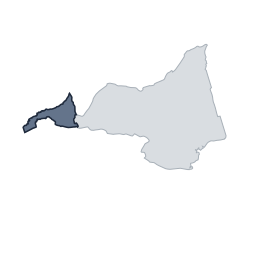 Extrême-Nord highlighted on a map of Cameroon, rotated 253°
{"feature_id": "CMR-1462", "entity_name": "Extrême-Nord", "entity_type": "Province", "adm_level": 1, "iso_a3": "CMR", "parent_name": "Cameroon", "parent_adm1": "", "projection": "natural_earth1", "projection_center": [14.611, 11.501], "detail": "fine", "context": "in_parent", "style": "filled", "palette": "slate", "viewbox_px": 256, "rotation_deg": 253, "n_neighbors": 0, "source": "natural_earth", "source_scale": "10m", "svg_char_len": 7024}
<svg xmlns="http://www.w3.org/2000/svg" viewBox="0 0 256 256"><g transform="rotate(253 128 128)"><path d="M70.4,174.1L70.9,172.7L74.2,166.3L76.2,156.1L77.2,153.7L78.1,152.1L82.9,146.6L84.6,144.9L87.2,142.9L89.0,138.9L89.7,138.5L90.5,138.2L94.5,134.8L94.9,135.4L95.2,136.2L95.5,136.6L96.8,136.9L98.6,136.8L99.7,136.6L100.2,135.9L100.8,134.0L101.1,133.7L101.5,133.6L103.5,134.9L106.8,138.6L107.6,139.3L108.0,140.0L108.7,143.4L109.1,144.2L109.8,144.6L111.1,144.3L112.4,143.7L113.6,142.9L114.7,141.8L115.5,140.8L115.8,140.0L116.0,137.3L116.3,136.7L120.5,132.7L120.4,132.3L119.7,131.2L119.1,129.9L119.7,128.6L120.4,127.7L122.9,124.4L123.0,121.9L125.0,118.2L126.1,113.2L126.2,112.2L128.8,106.7L131.5,106.2L132.5,105.4L133.7,104.1L134.5,102.8L134.9,101.6L135.1,99.3L135.6,96.6L135.9,94.3L136.7,92.1L138.1,91.0L140.4,90.1L140.8,89.7L141.1,88.3L141.5,83.5L141.9,81.4L144.1,79.0L145.0,75.3L145.9,71.4L148.4,66.7L151.3,62.0L152.6,60.8L153.8,60.2L155.1,60.1L155.9,59.8L159.1,57.4L160.4,56.7L161.3,55.8L161.6,55.1L161.7,54.1L161.4,51.7L161.9,49.9L162.2,47.2L162.3,45.0L162.2,44.3L161.7,43.0L160.7,41.7L159.2,40.9L157.0,40.7L155.9,40.2L155.5,37.7L155.3,36.2L153.9,28.0L156.6,28.0L159.9,29.0L160.7,29.7L161.1,32.5L162.3,34.1L164.4,35.4L165.7,38.1L166.2,42.2L167.3,44.6L167.6,45.0L169.2,49.6L169.3,51.8L169.1,53.2L169.8,55.0L168.8,58.0L168.5,59.9L168.4,62.5L169.0,67.1L170.0,70.7L171.0,73.5L172.1,75.8L174.0,78.2L176.0,80.5L177.9,81.9L176.1,82.7L172.8,82.8L170.9,82.4L170.0,82.3L169.1,82.6L165.5,83.1L161.9,82.9L158.6,82.3L156.6,82.4L155.0,83.8L153.7,85.8L152.5,87.5L153.0,89.3L153.9,90.3L155.6,92.5L157.1,94.6L157.9,96.0L161.0,99.2L163.9,102.0L165.4,102.9L165.9,103.1L167.5,104.7L169.7,107.4L171.8,111.5L174.7,119.8L175.3,120.4L176.3,120.9L176.4,121.8L176.3,123.0L176.0,124.1L173.7,128.4L171.7,130.1L171.1,131.1L170.4,133.6L168.5,138.5L167.7,139.2L165.9,142.5L164.4,146.7L164.0,147.3L163.4,147.9L161.3,148.9L160.6,149.4L159.5,150.7L159.4,151.6L159.9,152.8L160.5,153.7L161.6,153.7L162.2,154.6L162.2,161.1L161.7,162.1L161.7,162.5L161.5,163.6L161.4,164.9L161.5,165.4L162.0,165.8L162.6,166.6L162.9,168.6L163.6,175.7L163.9,176.8L164.5,177.5L166.4,179.0L168.3,181.0L169.0,182.3L169.3,184.4L170.1,186.1L170.1,186.7L169.7,186.9L168.5,187.0L168.9,188.3L169.9,190.4L174.9,196.9L179.7,202.6L180.9,203.1L181.7,203.2L182.1,203.5L182.5,204.4L184.1,206.5L184.4,207.7L184.0,208.8L184.4,210.6L184.7,211.3L184.6,211.9L184.8,214.1L185.2,216.0L185.9,217.7L185.8,218.8L184.9,219.5L184.4,220.5L184.2,222.0L184.5,223.8L185.2,226.0L185.2,227.2L184.1,228.1L182.8,226.6L181.4,225.6L179.2,223.9L177.1,223.3L174.3,223.2L173.1,223.4L171.1,222.0L170.4,221.8L169.5,222.4L168.9,222.4L168.1,222.2L166.5,222.2L166.4,221.2L166.1,221.0L164.4,221.1L163.9,220.3L163.7,220.3L163.0,220.1L161.6,218.9L160.2,219.7L157.2,219.6L142.1,219.6L141.8,218.5L141.0,217.9L139.7,217.8L135.7,218.1L132.6,217.9L130.6,217.5L128.0,217.2L124.9,217.4L121.6,217.4L115.9,217.1L112.7,217.1L112.7,217.8L112.5,218.3L112.4,219.5L91.9,219.5L90.3,218.7L89.8,218.1L89.6,217.2L89.2,217.1L89.5,212.9L90.2,209.5L90.5,206.3L91.5,203.5L91.0,200.7L90.4,199.4L87.3,195.4L88.7,193.9L86.8,194.1L86.4,192.6L85.5,190.9L86.1,190.6L86.6,189.6L88.3,189.9L88.3,189.4L86.8,187.9L87.0,187.2L87.6,186.3L87.3,186.0L86.2,186.9L85.5,186.8L84.9,186.3L84.4,186.2L84.7,187.3L84.1,188.3L83.6,188.7L82.6,188.6L81.8,188.4L81.6,187.8L80.9,187.4L78.8,186.6L77.1,185.7L76.8,183.3L76.1,182.2L75.8,181.0L75.7,179.7L75.9,177.6L75.5,177.3L75.0,177.2L74.2,177.3L73.5,177.2L72.7,176.0L72.0,175.6L72.4,177.7L71.9,178.3L70.7,178.1L70.2,177.3L70.1,176.7L70.6,174.1L70.4,174.1Z" fill="#d9dde1" stroke="#a8b0b8" stroke-width="1"/><path d="M160.2,29.3L160.4,29.6L160.5,29.9L160.6,30.2L160.5,30.5L160.3,31.3L160.3,31.6L160.4,31.8L160.9,32.2L161.2,32.5L161.2,33.2L161.2,33.4L161.3,33.4L161.3,33.5L161.5,33.4L161.5,33.6L161.6,33.8L162.0,33.6L162.3,33.8L162.6,34.1L162.9,34.3L163.4,34.2L163.6,34.3L163.7,34.6L163.5,35.2L163.6,35.5L163.9,35.0L164.0,35.0L164.3,35.3L164.4,35.5L164.5,35.8L165.2,35.7L165.4,36.1L165.9,38.2L165.9,38.3L165.7,38.6L165.7,38.9L165.8,38.9L165.9,39.1L166.0,39.0L166.1,39.3L166.3,39.8L166.6,41.2L166.5,41.3L166.5,42.6L166.5,42.8L166.4,43.1L166.4,43.3L166.5,43.4L166.5,43.5L166.6,43.8L166.4,44.0L166.5,44.4L166.9,44.7L167.2,45.1L167.4,45.3L167.6,45.3L167.9,45.0L168.1,45.0L168.4,45.1L168.7,45.4L168.6,45.5L168.6,45.9L168.7,46.1L168.8,46.3L168.7,46.5L168.9,47.0L169.1,47.2L169.2,47.4L168.8,47.5L168.7,47.6L168.7,47.8L168.8,47.9L168.9,48.0L168.8,48.4L168.7,48.5L168.6,49.1L168.7,49.4L168.9,49.5L169.2,49.5L169.3,49.7L169.6,50.7L169.6,50.9L169.3,51.2L169.2,51.3L169.4,51.6L169.4,51.8L169.2,51.8L169.0,52.2L169.0,52.5L169.0,52.9L169.2,53.7L169.4,54.0L169.8,54.6L170.0,55.2L169.8,55.6L169.1,56.5L169.0,56.8L168.9,57.2L168.8,58.1L168.7,58.4L168.7,58.6L168.8,58.7L168.8,58.8L168.9,59.0L168.8,59.3L168.5,59.9L168.4,60.2L168.3,61.3L168.4,63.1L168.5,64.6L168.9,65.7L169.1,66.0L169.2,66.3L169.1,66.7L168.9,67.5L169.0,68.1L170.1,70.7L170.2,71.1L170.2,71.4L170.1,71.7L170.0,72.1L170.0,72.6L170.1,72.9L170.1,73.0L170.3,73.1L170.5,73.1L170.8,73.2L171.0,73.3L171.3,73.5L171.4,73.8L171.6,74.4L171.8,74.7L172.0,74.9L172.2,75.1L172.2,75.5L172.3,75.9L172.4,76.3L172.5,76.6L174.6,78.8L175.2,79.7L175.4,79.9L176.1,80.6L177.1,81.3L177.6,81.5L178.3,82.2L178.0,82.3L174.6,83.2L173.8,83.3L171.2,82.3L170.3,82.3L169.6,82.4L169.3,82.5L169.1,82.8L168.9,82.9L168.5,83.1L168.0,83.0L167.1,82.8L166.4,82.7L164.5,83.4L163.9,83.4L159.5,82.1L155.8,82.4L156.0,81.3L155.8,81.0L154.4,80.5L154.2,80.5L153.7,80.4L153.4,79.9L152.9,79.6L152.5,78.8L152.3,78.7L151.8,78.5L151.0,78.3L150.7,78.3L150.1,78.4L149.5,78.3L148.5,78.1L148.3,78.1L148.1,78.2L147.8,78.4L147.7,78.6L147.6,78.8L147.6,79.0L147.9,79.6L148.0,79.8L147.9,80.0L147.7,80.1L146.7,80.5L146.4,80.6L146.2,80.7L145.9,80.7L145.3,80.7L144.6,80.9L144.4,80.9L144.2,80.8L144.1,80.7L143.8,80.1L143.7,80.0L143.9,79.9L144.2,79.6L144.4,79.4L144.6,78.8L144.6,78.5L144.6,78.3L144.5,78.0L144.5,77.7L144.9,76.6L145.4,73.3L145.9,71.1L146.4,70.1L149.0,65.7L149.2,65.2L149.1,64.6L149.2,64.2L149.4,63.9L149.6,63.7L150.2,63.3L150.4,63.0L150.6,62.3L151.0,61.6L151.5,60.8L152.1,60.2L152.6,59.6L153.1,59.6L153.7,59.8L154.7,60.3L155.1,60.4L155.4,60.3L155.7,60.1L156.0,59.9L156.4,59.4L156.6,59.3L157.0,59.2L158.4,57.8L158.7,57.6L159.6,57.3L159.9,57.0L160.5,56.5L160.8,56.3L161.6,55.9L161.8,55.8L162.0,55.4L162.2,55.0L162.3,54.6L162.4,54.2L162.3,53.8L162.3,53.4L162.1,53.1L161.8,52.8L161.8,52.7L161.7,52.6L161.5,52.4L161.3,52.4L161.2,52.4L161.1,52.2L161.1,51.9L161.7,51.0L161.8,50.7L162.1,48.9L162.3,48.4L162.3,47.8L162.3,47.7L162.0,46.7L162.0,46.4L162.3,46.2L162.2,46.0L162.5,44.7L162.7,44.4L163.0,44.0L163.0,43.8L162.9,43.6L162.7,43.5L162.4,43.7L162.2,43.8L162.1,43.7L162.0,43.3L161.8,43.1L161.5,42.9L161.2,42.7L161.3,42.6L161.4,42.4L161.2,42.3L160.8,42.0L160.7,41.8L160.6,41.7L160.7,41.4L160.7,41.2L160.2,41.0L159.3,40.7L156.2,40.6L155.8,40.4L155.6,40.1L155.6,39.9L155.7,39.4L155.7,39.1L155.6,38.8L155.6,38.7L155.6,37.3L154.7,32.7L153.9,28.0L159.2,27.9L159.5,28.1L160.2,29.3Z" fill="#64748b" stroke="#1e293b" stroke-width="1.5"/></g></svg>